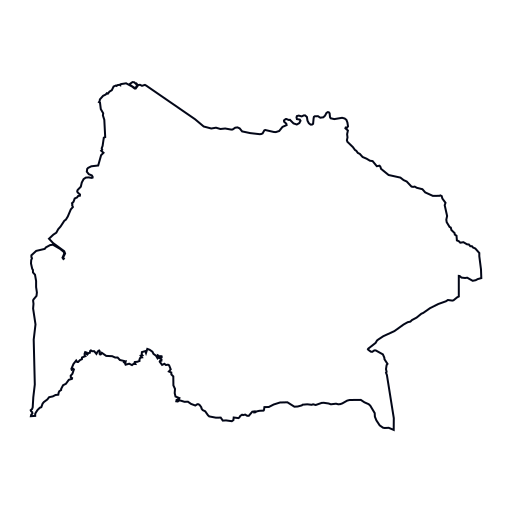 Balao, Guayas, Ecuador (Mercator projection)
{"feature_id": "8360857B63754497407840", "entity_name": "Balao", "entity_type": "district", "adm_level": 2, "iso_a3": "ECU", "parent_name": "Ecuador", "parent_adm1": "Guayas", "projection": "mercator", "projection_center": [-79.769, -2.889], "detail": "fine", "context": "isolated", "style": "outline", "palette": "ink", "viewbox_px": 512, "rotation_deg": 0, "n_neighbors": 0, "source": "geoboundaries", "source_scale": "gbopen_adm2", "svg_char_len": 5943}
<svg xmlns="http://www.w3.org/2000/svg" viewBox="0 0 512 512"><path d="M138.3,85.0L135.7,88.5L134.6,88.5L132.2,86.6L126.1,83.3L121.0,84.1L120.4,84.4L120.3,85.2L119.6,84.8L117.6,85.1L116.6,85.9L116.0,85.5L113.6,86.5L111.8,90.2L109.5,91.6L107.8,93.7L106.9,93.2L105.6,94.6L103.1,95.8L99.9,99.4L99.6,101.3L99.0,102.1L100.0,102.7L100.8,109.1L103.2,113.3L102.9,115.4L104.3,119.8L105.2,137.1L103.8,137.7L102.6,145.9L101.7,148.3L102.2,149.7L101.2,150.7L103.5,152.8L101.1,155.2L98.2,165.5L91.3,166.3L88.1,167.9L87.2,168.9L86.8,171.7L88.8,174.2L91.8,175.4L92.6,176.7L92.6,177.6L91.7,177.9L88.6,177.4L85.8,177.6L83.6,179.1L81.8,182.5L80.8,186.7L77.7,189.9L77.2,191.2L77.6,192.4L80.0,194.5L79.9,195.7L78.1,196.0L77.1,197.4L74.7,198.5L73.5,201.8L72.0,203.2L72.4,204.1L72.1,205.1L72.9,207.0L70.8,209.4L67.8,216.5L65.9,219.6L64.3,220.8L60.5,226.6L58.2,229.2L56.3,232.7L53.4,234.6L49.0,238.7L53.0,243.0L64.2,251.2L65.1,253.5L63.1,257.5L63.9,258.6L63.4,259.0L62.5,257.7L64.2,253.8L63.9,252.0L60.1,248.9L52.9,244.7L50.1,245.1L45.9,247.4L44.7,248.9L36.2,250.9L31.4,255.3L31.4,257.1L32.0,258.2L31.2,260.1L31.0,263.5L32.2,268.8L32.9,269.9L33.0,272.5L35.0,274.7L36.1,281.0L36.1,287.1L36.9,292.5L36.5,295.9L33.4,299.6L33.1,300.6L33.5,303.8L33.1,308.5L35.5,324.4L33.7,339.6L34.8,384.5L33.3,397.2L32.7,407.3L32.1,409.0L30.7,410.2L31.1,411.2L32.2,412.2L32.4,413.5L31.2,414.8L30.9,416.2L35.2,415.9L35.2,413.9L35.8,412.6L37.6,409.9L39.9,407.7L41.3,407.2L42.6,403.6L43.8,402.1L47.3,399.5L49.1,397.2L52.8,396.4L55.5,395.0L58.3,394.7L58.7,392.4L59.4,391.1L61.1,390.0L61.2,388.8L63.1,385.2L65.9,383.8L68.8,379.8L71.9,378.9L72.1,378.1L70.8,377.2L70.7,375.7L72.4,373.8L73.9,369.4L73.2,368.8L71.7,369.7L71.4,368.8L73.5,363.9L76.2,360.5L77.2,362.0L78.1,362.0L80.1,360.0L81.9,359.2L82.0,357.5L85.2,356.2L84.7,355.7L84.6,353.7L85.2,352.1L86.7,352.6L86.7,354.2L87.3,354.6L88.4,353.1L89.8,352.8L90.2,350.9L90.9,350.4L92.0,351.2L94.2,351.2L96.4,353.9L97.8,351.4L99.1,350.5L99.8,351.4L99.6,353.8L100.2,354.5L100.9,354.3L101.8,352.8L106.2,355.9L112.2,356.2L115.1,357.5L117.6,357.5L119.9,360.0L124.1,361.0L124.2,361.9L123.4,363.0L125.0,361.4L125.7,361.3L125.2,363.8L125.6,364.7L129.2,363.7L132.0,365.1L133.5,363.9L135.4,364.0L134.6,362.3L134.8,362.0L137.2,361.8L139.5,361.0L139.5,359.4L140.3,357.7L142.0,357.4L140.8,355.7L142.4,355.3L141.7,354.4L141.9,352.1L145.3,351.1L146.0,353.0L147.3,348.9L149.7,349.8L152.4,351.7L153.5,353.9L156.0,355.7L157.6,358.4L158.3,357.7L158.0,355.4L158.8,355.8L159.3,356.9L160.8,356.1L161.6,356.3L161.7,357.1L159.6,358.2L161.5,359.4L161.4,360.7L160.0,361.0L159.7,361.7L162.1,364.9L164.4,363.8L165.9,365.0L168.0,364.7L169.1,365.3L170.7,369.3L168.9,371.5L171.3,372.5L171.4,374.5L173.3,376.4L173.4,385.4L175.0,388.9L174.7,393.1L175.5,396.5L179.4,398.1L178.9,399.1L176.6,399.9L176.3,401.3L177.7,401.5L179.6,400.3L184.5,401.8L187.9,401.7L191.0,403.9L195.3,405.5L197.4,404.2L198.6,404.3L199.8,405.2L201.3,407.3L201.6,408.7L202.7,410.1L205.2,411.3L208.0,415.3L209.2,416.4L216.0,417.7L220.7,417.6L222.8,420.6L226.0,420.4L231.8,421.2L233.4,420.1L233.7,417.5L238.4,418.1L239.3,417.5L240.3,415.9L242.1,414.7L243.0,415.1L245.2,414.6L247.2,415.8L248.8,415.8L252.3,411.7L254.5,411.4L254.3,412.4L255.0,412.4L256.7,411.4L259.4,410.8L263.5,410.6L264.0,409.9L264.4,407.1L268.8,407.0L273.7,404.5L280.0,402.5L287.4,402.3L294.4,406.7L297.7,406.5L301.8,405.4L302.6,404.7L307.3,404.3L311.7,404.8L313.1,404.3L315.7,405.0L321.7,402.9L323.8,402.8L328.6,403.5L330.9,404.3L336.0,403.7L338.3,404.3L340.3,404.1L342.3,403.4L347.2,400.6L349.6,400.0L360.8,399.9L364.4,402.3L368.7,404.2L370.3,405.7L374.7,413.1L374.9,416.7L376.4,420.4L379.7,425.4L383.0,427.7L384.7,428.0L388.7,427.8L393.7,429.9L393.8,418.2L386.9,375.0L386.0,372.7L386.6,371.9L386.0,369.1L386.6,365.1L387.5,363.9L384.5,359.3L384.3,357.6L382.9,354.4L375.7,350.4L374.3,350.4L372.3,351.8L370.9,351.7L368.3,349.8L367.9,349.2L368.3,348.6L375.6,342.9L377.0,340.5L378.3,339.5L383.3,336.2L394.4,331.1L403.6,324.5L407.7,322.2L410.4,321.6L411.9,320.1L416.6,317.6L421.4,313.7L423.1,313.0L430.1,308.1L438.3,304.0L445.9,301.3L447.9,300.0L452.3,300.6L453.5,300.3L457.2,297.3L458.8,296.5L458.8,275.9L459.6,276.0L461.5,277.6L465.1,278.0L467.2,277.7L472.7,280.8L475.7,280.2L477.7,279.1L481.3,278.1L481.0,269.5L479.3,256.2L479.3,253.0L475.3,248.5L473.0,247.5L471.9,246.2L470.3,246.2L468.9,244.5L467.0,244.3L463.4,242.2L460.3,242.7L458.8,241.2L456.9,240.4L456.5,235.7L454.8,234.6L454.6,233.1L451.4,230.0L450.8,227.6L449.6,227.0L446.7,222.2L446.3,219.7L447.1,216.0L444.7,205.2L445.5,202.8L442.4,198.6L441.7,196.1L440.3,195.4L439.5,195.8L432.9,195.9L425.2,192.4L422.4,189.2L416.8,187.8L414.7,186.6L413.2,186.9L411.5,186.6L406.7,181.5L403.6,180.1L400.4,177.6L388.6,175.0L381.1,168.9L380.3,166.6L379.5,165.7L376.8,166.2L372.6,161.1L369.9,160.7L366.6,158.7L362.6,157.0L359.8,153.9L357.8,152.9L356.3,150.8L355.0,150.0L352.9,147.1L347.4,141.8L346.9,140.2L347.5,137.4L347.1,134.2L347.9,130.5L345.4,128.3L345.7,127.5L347.1,127.6L348.0,126.3L347.4,122.5L346.4,119.9L344.7,118.5L342.1,117.8L334.3,119.1L330.7,118.3L330.0,117.1L329.6,113.3L328.8,112.3L327.8,112.1L326.5,112.9L325.0,115.7L323.3,117.3L320.3,117.7L318.0,116.2L314.7,116.3L313.9,116.9L313.6,118.4L313.1,123.8L312.0,124.6L310.6,124.6L308.8,123.2L307.5,120.7L306.9,117.0L305.1,115.4L303.8,115.4L301.7,116.4L298.7,115.6L296.9,116.1L296.5,117.3L296.9,119.1L299.8,119.6L300.5,120.8L299.3,123.1L296.8,124.5L293.5,123.4L289.9,119.8L288.8,120.0L286.4,119.0L285.6,119.1L284.0,120.4L284.1,121.7L286.3,123.7L286.6,125.1L282.5,126.9L279.2,131.0L275.8,132.1L273.9,132.0L265.2,130.0L264.3,130.4L262.6,133.4L261.3,134.0L259.8,134.2L250.2,133.1L242.1,131.4L239.7,128.4L237.5,127.4L235.2,127.7L232.6,129.5L231.3,129.6L225.2,128.5L220.4,129.0L216.0,127.7L211.3,128.5L203.7,126.5L195.0,119.2L146.2,85.6L144.9,84.9L142.0,85.8L140.0,84.8L138.3,85.0ZM135.9,82.8L136.4,84.4L134.3,82.3L132.5,82.1L129.2,84.4L134.3,87.7L135.7,88.0L136.5,86.2L137.6,85.0L135.9,82.8Z" fill="none" stroke="#020617" stroke-width="2"/></svg>